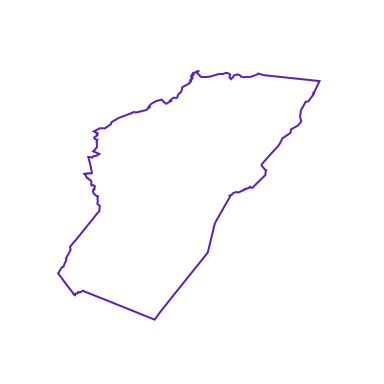 Litenes pag., Gulbene, Latvia (Natural Earth projection), rotated 348°
{"feature_id": "27541924B1049309214592", "entity_name": "Litenes pag.", "entity_type": "district", "adm_level": 2, "iso_a3": "LVA", "parent_name": "Latvia", "parent_adm1": "Gulbene", "projection": "natural_earth1", "projection_center": [27.027, 57.173], "detail": "fine", "context": "isolated", "style": "outline", "palette": "violet", "viewbox_px": 384, "rotation_deg": 348, "n_neighbors": 0, "source": "geoboundaries", "source_scale": "gbopen_adm2", "svg_char_len": 5449}
<svg xmlns="http://www.w3.org/2000/svg" viewBox="0 0 384 384"><g transform="rotate(348 192 192)"><path d="M216.5,77.2L216.1,77.5L216.2,77.9L216.1,78.2L216.3,78.3L215.8,78.4L215.5,78.6L215.3,78.7L215.4,78.8L215.6,79.0L215.6,79.4L215.6,79.9L216.0,79.9L216.1,80.1L216.2,80.3L215.7,80.3L215.3,80.4L215.0,80.5L214.9,80.7L215.1,80.8L215.3,81.3L215.3,81.5L215.2,81.7L215.2,81.8L214.8,81.8L214.5,82.1L214.3,82.2L214.1,82.0L213.8,82.1L213.5,82.2L213.4,82.3L213.6,82.5L214.0,82.7L214.1,82.9L213.8,83.2L213.9,83.5L213.6,83.9L213.5,84.1L213.4,84.2L213.1,84.1L212.7,84.2L212.3,84.5L212.1,85.1L211.2,85.3L210.8,85.6L209.7,85.9L209.4,86.0L206.5,86.9L205.5,87.0L204.9,87.2L204.7,87.3L203.9,88.2L203.7,88.5L203.7,89.2L203.4,89.8L202.0,92.0L201.3,92.4L200.0,92.8L198.2,94.4L198.1,94.6L197.7,95.9L197.0,96.4L196.9,96.7L195.8,96.6L194.9,96.3L193.3,96.0L189.5,98.0L190.2,98.7L185.3,100.3L184.3,99.6L181.4,95.2L178.5,95.6L176.3,95.5L171.9,96.8L169.6,97.8L167.2,99.7L168.2,100.3L164.4,102.3L164.0,102.3L162.1,102.4L161.4,102.4L155.2,102.6L153.6,102.5L153.4,102.5L152.3,101.8L151.8,101.7L150.5,101.9L149.8,102.2L135.8,104.3L127.9,106.9L126.8,108.7L126.7,108.8L120.3,111.5L119.6,111.5L115.3,110.5L108.6,112.3L110.3,113.6L110.7,114.0L111.5,114.9L111.8,115.1L110.7,115.8L111.2,117.0L107.7,118.3L108.0,120.0L110.1,121.2L109.9,121.4L109.6,122.6L109.2,123.0L109.3,123.1L108.8,125.4L108.5,128.0L107.3,129.2L106.2,130.1L103.8,131.6L109.2,135.5L106.2,136.6L104.1,136.7L103.0,136.4L102.2,136.9L101.4,137.6L99.6,136.6L97.8,136.2L98.0,139.7L98.1,141.8L98.2,146.6L98.1,152.8L97.7,152.9L94.2,152.1L94.3,152.4L90.5,151.9L91.2,153.2L91.7,154.6L91.9,155.2L91.8,155.3L92.0,155.8L92.1,156.1L92.2,156.5L92.3,156.7L92.6,156.9L93.2,157.0L93.3,157.3L93.5,157.4L93.7,157.6L93.8,157.7L94.0,158.4L94.1,158.6L94.4,158.8L94.8,159.1L95.3,159.3L95.4,159.7L95.4,159.8L95.5,160.0L95.5,160.3L95.7,160.8L95.5,161.2L95.5,162.0L95.3,162.9L95.0,163.8L94.9,164.0L95.1,164.7L96.6,164.8L97.5,165.2L97.7,165.4L98.1,166.0L98.1,166.4L98.0,166.6L97.9,167.0L97.4,167.7L97.0,168.0L96.9,168.3L96.9,168.5L97.1,168.7L97.1,169.1L96.6,169.0L96.2,169.2L95.7,169.5L95.5,169.9L95.4,170.4L95.1,170.9L95.2,171.5L95.3,171.8L95.5,172.5L96.2,174.1L96.7,174.8L97.3,175.6L97.7,175.9L98.8,176.3L99.0,176.5L99.2,176.8L99.1,177.0L98.6,177.5L98.4,177.8L98.1,179.2L98.1,180.1L98.1,180.8L97.8,181.5L97.7,182.2L97.2,183.1L97.1,183.6L97.1,184.1L97.3,184.4L97.7,185.0L98.5,185.9L98.9,186.7L97.3,191.6L95.9,192.4L93.0,194.7L91.7,195.8L88.3,198.7L85.8,200.6L68.4,214.8L66.8,215.9L61.2,220.3L61.3,221.2L61.2,222.6L61.1,223.5L58.9,226.2L54.8,230.9L55.0,232.6L53.1,234.6L50.6,238.4L49.2,238.5L47.1,240.6L44.9,243.0L44.6,243.8L44.2,243.8L44.6,245.0L46.0,247.6L46.9,249.6L48.1,252.4L49.4,255.2L49.9,256.4L52.0,260.7L52.1,260.8L54.8,266.6L54.7,266.6L54.9,267.4L56.1,268.7L56.3,268.5L56.3,267.8L56.5,267.5L56.7,267.3L57.1,267.2L57.5,267.1L58.2,267.4L58.6,267.5L58.9,267.5L59.2,267.3L59.3,267.2L59.4,266.7L59.7,266.3L59.8,266.2L60.1,266.2L60.5,266.3L61.2,266.8L61.7,266.9L62.7,266.6L63.6,266.3L64.2,266.0L65.0,265.9L65.1,266.2L67.8,268.1L83.3,278.4L84.9,279.5L85.1,279.6L92.9,284.8L93.1,285.0L97.9,288.2L115.7,300.2L118.3,302.0L120.8,303.6L128.9,309.1L135.8,302.9L154.1,287.8L186.3,261.5L194.8,254.5L196.2,251.7L204.6,234.2L206.0,231.1L208.0,227.2L224.5,208.6L228.2,204.6L228.3,204.1L228.0,203.3L230.1,203.1L231.4,202.1L232.2,201.7L233.1,201.5L235.4,201.2L237.2,202.1L243.0,200.9L242.9,200.6L243.7,200.2L244.5,200.5L244.8,200.4L245.0,200.0L245.4,200.1L245.8,200.3L246.2,200.1L246.5,199.9L246.8,199.9L247.3,200.0L247.7,200.0L247.8,199.9L247.9,199.7L248.2,199.5L248.8,199.6L249.0,199.7L249.4,199.9L249.7,199.9L250.0,199.6L250.1,199.2L251.4,200.4L251.8,200.5L259.3,195.7L267.1,190.8L267.5,190.1L268.3,187.3L268.8,186.4L269.1,186.3L269.1,186.2L268.3,185.5L267.5,184.3L266.1,181.5L265.6,180.2L265.7,179.8L266.3,179.1L277.3,171.0L286.2,164.7L288.4,162.4L291.6,158.3L291.9,158.2L295.3,156.8L298.3,155.6L299.7,155.0L300.2,154.8L301.0,154.0L301.7,151.8L301.7,151.5L302.2,151.2L308.3,149.4L309.2,149.1L311.5,147.4L312.7,146.5L313.6,145.5L313.6,145.2L313.5,144.3L313.3,141.4L313.3,141.1L313.6,140.2L315.6,134.6L321.0,128.5L321.7,127.6L321.9,127.5L322.2,127.4L324.6,127.4L325.0,127.2L331.2,121.7L330.9,121.3L330.9,121.1L331.0,121.0L331.7,120.9L331.8,120.8L331.8,120.7L331.4,120.5L331.3,120.2L331.8,120.0L332.1,120.1L339.8,110.0L287.3,92.9L281.2,89.9L281.0,90.3L280.6,90.5L274.2,91.5L273.5,91.5L271.8,91.3L268.2,90.6L266.9,90.6L266.5,90.5L265.5,90.0L264.6,89.5L264.2,89.4L263.7,89.1L263.6,88.7L263.2,87.9L262.9,87.6L262.5,87.3L261.8,87.0L261.3,86.5L260.7,86.4L260.0,86.5L259.7,86.6L258.4,86.6L257.3,86.6L257.1,86.7L256.9,87.0L256.2,87.8L256.1,88.0L255.9,88.3L254.8,88.8L254.3,89.3L253.9,89.8L253.4,89.3L252.9,88.6L252.6,87.8L252.5,87.5L252.7,87.1L252.8,86.9L253.5,86.0L253.6,85.4L253.7,85.2L253.4,84.6L253.1,84.2L252.3,83.8L251.5,83.1L251.0,82.9L250.6,82.8L249.5,82.6L248.2,82.7L247.1,83.0L246.5,83.0L245.5,82.8L243.8,82.3L242.6,82.2L238.4,82.5L234.8,82.8L232.1,82.8L230.9,82.6L229.6,82.5L228.3,82.1L227.2,81.9L225.9,81.8L225.3,81.5L225.0,81.3L224.5,80.9L224.0,80.3L223.4,79.0L222.5,77.9L222.0,77.4L221.8,77.1L221.7,76.8L221.7,76.6L222.1,76.0L222.7,75.6L223.4,75.2L223.1,75.0L222.8,74.9L222.2,75.1L221.6,75.1L221.2,75.5L220.2,75.4L220.0,75.5L219.6,75.8L219.2,76.2L219.1,76.3L218.8,76.2L218.4,76.1L217.6,75.9L217.4,76.2L217.5,76.5L217.4,76.6L217.4,76.8L217.5,77.1L217.1,77.2L216.9,77.2L216.7,77.2L216.5,77.2Z" fill="none" stroke="#5b21b6" stroke-width="2"/></g></svg>